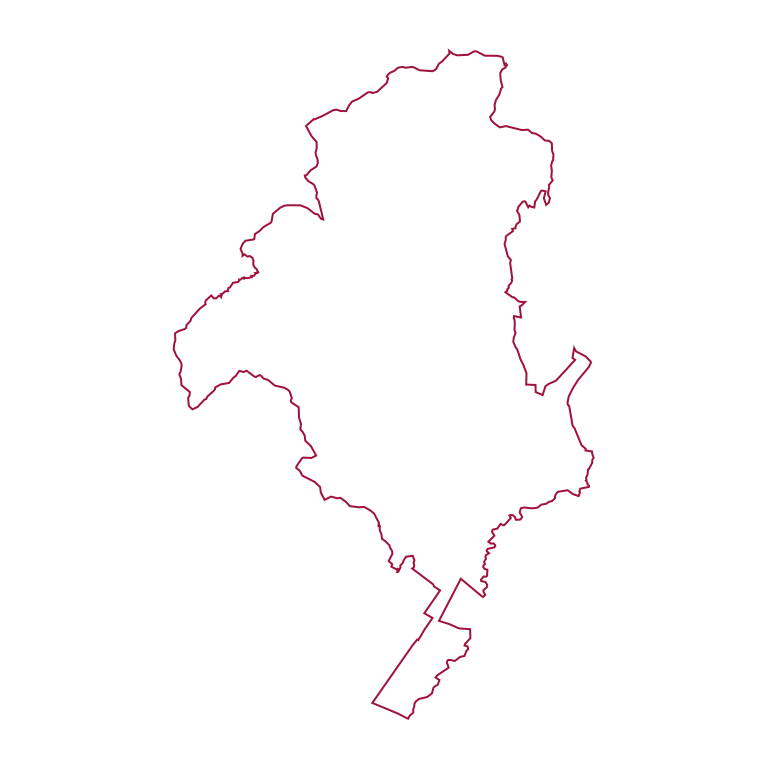 the district of Rasnov, Brasov, Romania, rotated 181°
{"feature_id": "2599482B99347531874723", "entity_name": "Rasnov", "entity_type": "district", "adm_level": 2, "iso_a3": "ROU", "parent_name": "Romania", "parent_adm1": "Brasov", "projection": "equal_earth", "projection_center": [25.475, 45.557], "detail": "fine", "context": "isolated", "style": "outline", "palette": "rose", "viewbox_px": 768, "rotation_deg": 181, "n_neighbors": 0, "source": "geoboundaries", "source_scale": "gbopen_adm2", "svg_char_len": 6148}
<svg xmlns="http://www.w3.org/2000/svg" viewBox="0 0 768 768"><g transform="rotate(181 384 384)"><path d="M563.7,460.7L569.3,456.3L577.6,446.9L578.6,443.7L582.5,439.5L582.8,436.7L584.1,435.5L590.5,433.3L593.8,431.0L593.4,424.1L594.4,420.6L594.9,415.0L592.2,408.8L588.7,404.3L586.9,400.8L586.6,399.0L587.6,392.8L588.8,390.0L587.0,385.5L586.5,379.3L577.9,372.5L578.3,368.8L579.6,366.8L578.8,359.0L578.0,358.0L575.1,355.3L569.9,357.9L563.3,365.2L561.6,365.8L560.2,368.6L554.6,373.7L553.0,375.7L552.7,377.6L547.2,380.8L539.0,382.3L534.7,387.7L532.4,389.4L528.9,394.6L524.5,393.5L521.6,394.9L513.5,389.0L512.2,388.8L508.6,390.7L507.5,390.4L504.3,387.2L500.1,386.1L493.1,380.5L483.9,378.6L480.3,376.8L478.2,374.8L475.9,368.2L476.9,365.9L476.4,364.1L468.9,359.3L468.4,349.1L466.3,342.4L466.9,337.3L464.6,334.8L462.3,330.8L461.8,326.0L455.9,320.5L450.6,311.3L455.2,308.8L463.6,309.0L464.9,308.1L470.2,300.0L470.3,298.6L466.7,295.8L464.0,290.9L452.0,285.1L446.0,279.8L445.4,274.7L441.4,267.1L435.0,270.5L428.4,268.9L425.8,269.5L420.2,265.7L416.0,261.3L406.8,260.3L401.8,260.8L395.9,257.6L391.6,254.3L386.8,245.4L386.5,243.4L387.0,243.3L387.0,241.7L385.6,241.6L385.8,238.0L384.0,233.9L383.3,229.2L379.5,226.5L375.6,222.6L374.9,220.0L372.9,217.1L372.7,214.2L376.2,207.1L372.6,203.9L373.5,201.5L367.9,198.6L367.3,199.5L366.1,198.8L367.6,196.2L367.2,196.1L366.0,197.3L364.3,201.1L364.5,202.8L362.0,205.6L361.2,208.2L358.9,211.7L352.3,212.7L350.5,208.3L351.3,205.5L350.6,203.5L351.0,201.1L352.6,200.0L331.3,184.5L330.4,182.4L324.3,178.6L339.7,155.5L331.4,150.9L338.7,140.0L345.2,128.6L346.3,129.1L350.5,123.8L390.1,64.9L364.5,54.8L354.1,49.7L352.3,53.1L349.0,55.9L349.1,59.2L348.0,62.5L348.1,64.6L346.8,67.0L343.5,69.7L335.3,71.8L330.6,75.6L329.3,81.1L328.2,82.4L325.0,84.2L323.4,89.0L327.3,91.4L325.7,93.7L314.4,101.5L316.2,106.4L315.8,108.4L314.9,109.2L312.7,109.2L308.3,108.3L303.3,112.4L298.8,113.5L296.9,118.7L295.2,120.5L295.8,123.1L298.9,123.9L298.4,125.6L293.2,131.4L293.6,140.4L304.7,140.9L314.6,145.1L324.9,148.1L303.8,190.6L283.4,174.2L281.3,172.8L279.1,174.8L280.8,177.8L281.0,179.6L277.7,182.5L277.3,184.9L279.0,187.7L283.4,188.7L283.6,190.0L281.1,193.3L278.7,193.1L277.6,194.0L277.4,200.1L280.0,200.8L281.5,202.4L281.5,204.1L279.9,205.8L280.7,207.5L280.5,208.7L279.0,211.0L279.6,212.9L279.3,214.5L276.0,216.7L278.3,218.5L278.4,219.5L277.3,221.0L271.0,222.5L269.9,223.9L270.2,225.1L271.6,226.5L274.4,226.3L276.9,228.1L271.0,234.2L273.5,238.2L272.9,240.2L268.2,241.4L265.0,246.1L262.0,244.8L260.9,245.3L254.9,252.2L256.3,254.6L255.4,255.3L252.5,254.9L250.8,253.2L249.8,250.6L245.7,250.7L244.2,252.2L243.6,253.7L246.1,258.1L245.0,262.1L241.9,263.0L234.9,262.3L230.0,262.6L227.8,263.4L224.7,266.1L219.4,267.2L217.6,268.8L213.9,270.0L211.6,272.2L210.9,273.1L211.2,274.2L210.2,276.9L208.5,279.2L198.5,281.0L193.1,277.2L187.4,275.3L186.1,279.4L186.8,280.3L185.9,282.8L177.3,284.7L177.2,285.8L178.7,287.0L178.9,288.8L180.5,291.0L179.8,291.5L180.3,293.7L178.9,297.1L178.5,302.1L177.6,302.6L174.6,308.6L174.3,312.0L173.1,314.1L174.7,318.0L174.7,320.1L181.4,321.1L181.2,322.7L185.4,326.2L192.6,342.9L194.7,345.7L198.5,365.4L199.7,366.3L200.2,368.1L199.1,374.8L194.5,384.1L189.9,391.6L179.7,404.3L177.4,409.0L177.9,410.2L183.0,415.2L192.5,419.9L194.5,423.3L196.0,413.4L193.3,411.5L212.1,390.3L219.5,386.9L222.6,384.5L225.2,375.7L232.2,378.6L232.5,385.7L241.8,385.9L241.7,397.1L245.0,405.5L248.0,411.2L251.5,421.3L252.8,422.6L255.5,428.4L255.0,432.7L253.4,437.1L254.6,441.1L254.3,444.9L254.5,450.3L255.4,452.1L255.2,454.2L248.1,452.9L249.7,464.0L247.8,464.9L244.4,468.5L249.3,468.5L251.2,469.2L255.5,472.9L256.9,472.9L264.2,477.9L262.4,479.3L262.4,480.9L260.9,482.4L261.1,484.4L258.6,487.3L257.7,489.5L258.3,490.7L257.6,491.7L260.0,507.3L259.3,510.2L262.4,513.8L265.9,526.0L264.8,530.2L264.9,532.7L264.2,534.3L257.7,539.1L258.6,541.3L255.2,542.0L255.3,543.5L254.2,546.1L250.9,548.8L251.6,555.5L254.1,559.4L253.0,561.6L252.9,563.2L248.6,568.6L246.6,569.2L245.7,568.6L242.9,563.2L241.6,564.9L239.5,563.6L236.8,563.1L236.1,569.2L234.5,571.2L230.5,579.7L229.3,580.2L225.7,579.4L227.4,572.6L225.0,565.9L222.5,568.1L221.3,572.8L223.0,575.6L223.3,577.8L222.3,583.7L222.6,585.8L218.9,590.5L220.3,593.5L219.9,600.4L220.7,605.3L219.9,609.0L218.8,610.9L218.6,616.3L220.0,620.1L220.4,627.6L223.1,630.0L227.4,630.3L232.0,634.4L236.8,637.0L240.4,637.5L244.4,640.8L250.6,640.3L266.5,644.0L272.6,642.6L278.4,646.6L281.4,649.7L282.6,652.8L278.4,658.4L277.9,660.7L278.3,665.0L277.1,669.8L273.7,675.4L272.0,681.6L270.7,682.8L272.6,689.8L273.2,697.0L271.3,700.6L268.6,702.1L266.6,705.0L267.7,706.6L269.1,705.2L271.1,712.7L272.1,713.2L276.2,714.1L288.9,714.0L297.4,718.2L299.6,718.2L305.8,714.6L316.3,713.9L320.7,715.2L324.7,718.3L324.2,715.6L331.8,707.2L334.7,705.3L337.4,699.7L340.8,697.6L353.8,698.3L360.9,701.6L368.1,700.6L370.7,701.4L375.5,700.5L379.2,697.2L382.8,695.6L385.2,693.7L386.6,691.5L385.2,689.8L386.5,685.1L396.0,676.0L400.8,674.7L401.9,675.5L405.1,675.4L414.5,668.7L420.9,665.8L423.7,662.1L426.6,656.2L432.1,656.2L436.3,657.5L439.5,656.9L450.6,650.7L458.5,647.2L458.9,647.6L466.5,640.6L460.8,630.6L455.6,624.7L455.4,618.6L456.5,614.5L456.1,611.7L454.5,607.9L454.0,603.8L455.3,600.3L461.0,596.5L465.2,591.4L466.8,591.1L466.3,589.1L463.3,585.5L457.7,582.3L456.6,580.3L454.3,574.2L455.0,570.7L454.6,568.3L453.2,567.3L452.2,565.0L447.6,547.4L449.9,548.1L453.0,552.4L456.1,552.9L463.6,558.5L470.6,561.2L484.3,561.0L487.3,560.3L491.1,558.3L498.1,552.1L499.2,544.9L500.1,543.2L507.2,538.9L511.6,534.4L515.7,531.7L516.2,526.7L516.7,526.3L525.1,524.8L527.6,521.9L529.8,516.7L527.7,511.9L527.7,509.6L525.7,511.2L522.8,509.0L520.4,509.6L517.7,507.8L516.6,504.9L516.9,501.3L515.4,498.3L513.5,496.8L511.7,493.5L513.2,493.1L512.0,492.8L514.3,492.4L515.7,490.0L518.6,489.8L518.1,488.5L522.3,487.5L524.8,487.5L525.6,488.2L526.2,488.0L526.1,487.0L527.5,487.5L529.4,485.8L530.7,485.9L530.7,484.7L531.7,483.4L536.7,482.6L539.7,477.9L541.1,477.4L542.0,474.8L541.6,474.1L544.7,473.8L546.3,471.9L548.4,471.2L547.7,470.4L548.4,468.0L549.7,469.5L550.9,469.2L553.1,466.8L555.7,466.6L558.3,469.5L563.5,464.5L564.3,462.4L563.7,460.7Z" fill="none" stroke="#9f1239" stroke-width="2"/></g></svg>